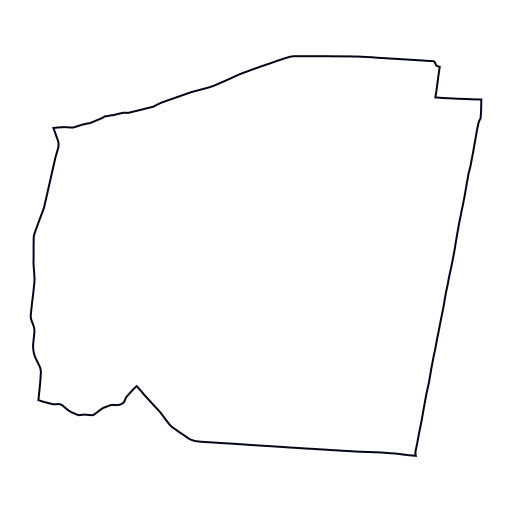 Benito Juárez, Distrito Federal, Mexico
{"feature_id": "50627088B57941954628474", "entity_name": "Benito Juárez", "entity_type": "district", "adm_level": 2, "iso_a3": "MEX", "parent_name": "Mexico", "parent_adm1": "Distrito Federal", "projection": "robinson", "projection_center": [-99.164, 19.38], "detail": "fine", "context": "isolated", "style": "outline", "palette": "ink", "viewbox_px": 512, "rotation_deg": 0, "n_neighbors": 0, "source": "geoboundaries", "source_scale": "gbopen_adm2", "svg_char_len": 4482}
<svg xmlns="http://www.w3.org/2000/svg" viewBox="0 0 512 512"><path d="M53.4,128.0L56.0,135.1L56.2,135.8L57.0,138.0L57.9,140.4L58.2,141.3L58.3,142.2L58.5,143.0L58.5,144.6L58.5,146.2L58.2,148.0L56.0,155.4L55.2,158.3L53.6,165.6L51.5,174.6L50.4,179.6L50.2,180.5L49.0,185.8L47.9,190.6L47.7,191.6L46.6,196.4L45.3,202.1L44.0,207.7L43.5,209.2L40.3,217.6L39.1,220.8L37.3,225.8L36.8,227.3L36.2,228.7L34.2,234.5L34.1,234.9L34.0,235.4L33.7,237.4L33.6,246.3L33.6,248.8L33.6,253.1L33.6,257.1L33.5,263.3L33.9,269.2L34.0,270.4L34.4,276.6L34.5,278.1L34.5,279.9L34.4,282.1L33.4,291.8L33.3,293.0L32.4,300.1L31.4,308.9L30.8,314.4L30.7,316.1L30.7,316.7L30.9,317.8L31.0,318.7L31.7,321.1L32.4,322.7L33.0,324.5L33.8,326.6L34.1,328.0L34.3,329.1L34.4,330.9L34.4,332.1L33.7,339.1L33.2,343.7L33.1,345.2L33.1,347.2L33.3,349.4L33.5,351.3L33.8,352.6L34.3,354.5L34.5,355.4L35.2,357.3L35.9,358.7L37.5,362.1L39.1,365.3L39.8,366.8L40.3,368.2L40.6,369.6L40.7,370.4L40.8,371.3L40.9,372.2L40.7,375.2L40.4,380.1L39.6,388.7L38.4,400.1L42.8,401.6L45.4,402.3L52.9,404.2L56.2,404.3L57.9,404.0L59.0,404.1L59.6,404.2L60.4,404.4L61.2,404.7L62.3,405.3L68.5,410.5L70.1,411.4L71.3,412.2L78.2,415.1L79.3,415.1L80.5,415.0L83.3,414.7L84.5,414.6L91.5,415.2L92.8,415.1L94.1,414.6L100.4,409.8L103.0,408.0L106.5,406.7L108.7,405.8L111.3,405.0L112.9,404.9L116.1,405.1L118.6,404.9L120.1,404.6L121.6,404.0L123.0,403.0L124.0,402.1L124.8,400.5L126.0,397.4L128.8,394.3L132.0,390.7L133.7,388.9L136.7,386.1L140.8,390.7L144.2,394.8L156.1,407.8L158.4,410.2L159.4,411.3L160.5,412.6L166.4,420.5L169.6,424.6L171.0,426.1L172.7,427.5L181.1,433.4L181.3,433.4L187.6,437.8L189.6,439.1L190.8,439.6L192.6,440.3L195.3,441.1L195.5,441.1L199.6,441.6L204.4,442.0L210.2,442.3L213.4,442.5L214.7,442.6L220.7,443.0L231.0,443.6L241.6,444.3L254.0,445.2L254.8,445.2L263.9,445.8L270.9,446.2L274.0,446.4L276.4,446.6L281.5,446.9L288.3,447.4L289.8,447.5L290.4,447.5L290.9,447.6L295.3,447.8L307.1,448.6L309.4,448.7L313.7,448.9L317.7,449.2L326.1,449.7L330.2,450.0L331.7,450.1L337.5,450.4L340.5,450.6L343.3,450.8L349.1,451.1L355.3,451.5L361.4,451.8L365.0,451.9L367.4,452.0L368.9,452.0L373.4,452.2L377.2,452.3L379.3,452.4L382.3,452.6L384.8,452.8L386.2,452.9L388.8,453.1L393.3,453.4L397.1,453.7L397.8,453.8L400.1,454.1L403.6,454.6L406.4,454.9L407.8,455.1L408.9,455.2L415.8,455.8L415.4,453.9L415.4,452.0L417.1,443.7L419.0,433.6L420.6,425.6L421.7,420.2L422.7,414.4L423.7,408.8L424.6,403.6L425.5,398.9L426.5,393.4L427.7,388.1L428.8,383.1L429.7,378.1L430.6,372.9L431.3,368.6L432.6,361.8L433.6,356.6L435.4,348.2L437.2,338.2L438.7,331.1L440.7,320.6L442.4,312.3L444.1,303.6L444.5,300.6L445.5,295.2L446.0,292.4L447.8,284.0L449.0,277.4L451.4,266.4L453.6,255.2L454.7,249.2L455.6,243.5L455.9,241.8L456.4,238.9L457.3,233.3L457.7,231.2L459.3,222.3L459.7,220.6L461.5,211.6L461.5,211.2L461.9,209.6L462.8,205.3L463.1,203.8L464.5,196.7L465.8,189.2L466.1,187.6L467.0,182.1L467.9,177.6L468.2,175.6L468.5,173.8L470.6,165.6L470.8,164.3L472.7,154.3L473.0,152.8L473.2,151.7L474.3,145.3L474.5,144.3L475.8,137.0L476.0,135.7L477.3,128.3L477.7,126.7L478.7,122.2L479.7,119.9L480.6,118.3L481.1,110.6L481.3,99.5L477.0,99.4L474.5,99.4L470.2,99.2L466.5,99.0L462.8,98.9L458.4,98.8L453.5,98.5L449.4,98.3L445.2,98.1L441.7,97.9L435.3,97.4L436.3,91.8L437.5,82.8L438.0,79.2L438.2,77.4L439.7,66.8L438.9,66.6L437.5,66.2L436.4,65.5L435.8,64.7L435.4,63.6L435.0,62.5L434.1,61.5L433.7,61.3L432.0,61.1L427.8,60.9L420.9,60.4L414.2,60.0L408.0,59.6L401.7,59.2L394.9,58.8L389.5,58.5L383.9,58.1L378.0,57.8L371.1,57.2L370.2,57.2L364.5,56.9L358.5,56.6L356.1,56.5L352.1,56.5L351.2,56.4L350.0,56.4L342.9,56.4L339.5,56.3L332.6,56.3L331.9,56.3L327.9,56.2L323.2,56.2L318.1,56.2L301.3,56.2L295.6,56.2L294.4,56.2L291.6,56.5L289.8,56.8L288.2,57.3L284.1,58.5L281.0,59.6L278.1,60.5L274.8,61.7L269.7,63.5L264.9,65.1L261.7,66.2L260.8,66.5L257.6,67.7L254.3,68.8L250.5,70.2L247.6,71.3L245.1,72.2L243.4,72.8L239.3,74.4L235.5,76.1L232.3,77.6L228.6,79.3L224.1,81.3L219.7,83.2L214.9,85.3L211.8,86.5L209.2,87.3L207.9,87.7L201.5,89.4L191.9,92.0L190.5,92.4L177.1,97.1L170.9,99.3L168.8,100.0L164.4,101.6L163.7,101.8L161.0,102.8L160.8,102.9L160.5,103.0L153.0,106.8L149.2,107.7L144.8,108.8L144.2,109.0L136.8,110.8L133.4,111.6L128.2,112.9L123.7,112.7L119.0,113.7L113.1,115.2L111.2,115.3L107.5,116.1L104.6,116.4L103.6,117.2L102.0,118.1L95.0,121.0L89.9,123.2L88.5,123.4L86.8,123.6L81.8,124.8L81.0,125.1L76.2,126.6L73.2,127.5L72.3,127.6L64.5,127.1L64.2,127.1L62.5,127.2L57.5,127.5L56.7,127.6L53.4,128.0Z" fill="none" stroke="#020617" stroke-width="2"/></svg>